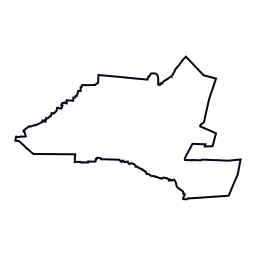 Noria de Ángeles, Zacatecas, Mexico (Mercator projection)
{"feature_id": "50627088B97712252064596", "entity_name": "Noria de Ángeles", "entity_type": "district", "adm_level": 2, "iso_a3": "MEX", "parent_name": "Mexico", "parent_adm1": "Zacatecas", "projection": "mercator", "projection_center": [-101.924, 22.398], "detail": "fine", "context": "isolated", "style": "outline", "palette": "ink", "viewbox_px": 256, "rotation_deg": 0, "n_neighbors": 0, "source": "geoboundaries", "source_scale": "gbopen_adm2", "svg_char_len": 5542}
<svg xmlns="http://www.w3.org/2000/svg" viewBox="0 0 256 256"><path d="M215.1,78.3L203.6,75.3L196.2,67.5L195.6,66.9L194.5,65.7L194.0,65.2L193.4,64.5L189.6,60.5L189.3,60.2L188.2,59.1L188.0,58.8L187.7,58.6L187.0,57.8L185.9,56.7L183.1,59.6L182.2,60.7L180.6,63.0L180.0,63.6L179.9,64.2L179.7,64.5L179.4,64.9L178.7,65.5L177.8,66.3L177.5,66.7L177.1,67.4L176.6,68.0L176.2,68.2L175.9,68.6L175.7,68.9L175.5,69.4L175.2,69.7L175.0,70.0L174.9,70.3L174.6,71.0L174.5,71.5L174.3,71.8L174.1,72.1L173.8,72.5L173.5,73.2L173.0,74.3L172.5,74.9L171.9,75.7L171.4,76.2L171.5,76.7L170.9,76.5L170.0,77.2L169.7,77.4L169.2,77.6L169.0,78.0L168.7,78.2L168.2,78.5L167.7,78.8L167.4,79.0L167.0,79.3L166.6,79.6L166.3,79.8L165.9,80.0L165.8,79.9L163.9,81.2L163.9,81.3L162.5,82.5L162.6,82.8L162.0,83.3L161.2,84.0L160.2,84.7L160.1,84.3L160.1,84.0L159.5,84.6L159.2,84.5L158.9,84.7L158.7,84.6L158.1,84.5L158.1,84.1L158.2,83.7L158.2,83.0L158.3,82.1L158.2,81.1L158.2,79.5L158.2,78.3L157.5,75.1L155.6,73.6L153.5,73.4L151.9,73.4L151.1,73.6L150.5,74.1L149.9,75.3L148.9,76.9L148.5,77.3L148.3,77.1L148.1,77.7L147.5,79.6L147.1,79.6L146.5,79.5L145.7,79.4L137.3,78.7L122.4,77.2L120.2,77.0L115.2,76.5L110.4,76.1L106.9,75.8L103.2,75.4L98.4,75.1L98.1,82.9L96.8,83.6L94.9,85.0L86.5,85.2L84.6,85.1L83.9,85.1L82.9,85.0L82.3,85.0L82.2,85.1L81.8,86.3L81.6,86.2L80.9,88.1L80.6,88.0L80.6,89.5L80.6,91.0L78.2,90.9L77.7,93.5L77.4,93.6L77.1,94.4L77.1,94.5L76.7,96.1L76.4,96.2L76.3,96.3L75.3,96.2L74.8,97.7L73.4,97.5L73.1,100.8L71.5,100.6L69.9,100.5L69.3,100.5L66.6,100.2L66.7,103.4L66.2,103.4L65.6,103.1L65.1,103.0L65.1,102.8L64.5,102.8L64.4,102.5L63.7,102.8L63.2,102.9L62.3,103.1L62.2,103.1L61.3,105.3L62.5,105.5L61.6,108.1L61.4,108.4L61.0,108.3L60.6,108.3L60.3,108.4L59.2,108.3L58.6,108.0L58.3,107.7L57.7,108.0L57.1,107.9L56.7,110.2L56.5,110.7L56.4,110.7L56.2,111.3L54.9,112.3L54.9,112.5L53.8,113.2L53.8,113.5L52.5,113.6L52.6,113.3L52.3,113.2L51.9,113.2L51.7,113.1L50.7,116.1L50.3,116.0L47.8,118.3L47.7,118.3L46.1,118.3L46.3,119.2L46.2,119.0L45.6,121.7L44.6,121.6L44.8,120.1L43.7,120.7L42.6,120.5L42.4,122.1L41.4,122.4L38.2,124.1L36.7,124.7L36.0,125.1L35.9,124.9L34.1,125.3L31.8,126.1L31.0,126.4L30.8,126.4L30.6,126.6L29.5,126.1L29.1,126.3L28.9,126.4L28.7,126.5L28.5,126.9L27.3,127.8L26.6,128.1L25.8,128.7L25.3,129.3L24.7,129.7L23.8,130.2L23.5,131.6L24.5,131.7L25.8,136.3L24.0,136.7L20.8,136.5L19.2,136.9L18.7,137.0L17.4,136.8L16.1,136.7L15.4,140.7L18.4,141.0L18.9,141.1L19.3,141.3L19.9,141.8L21.9,143.7L23.4,145.0L24.9,146.4L25.6,147.1L25.3,147.0L26.1,147.9L26.8,148.5L28.2,149.4L29.5,150.6L31.5,152.5L32.5,153.2L33.4,154.0L36.5,154.0L38.0,154.0L54.6,154.1L60.0,154.2L66.4,154.2L75.2,154.3L75.2,155.1L75.1,156.2L74.9,157.1L74.9,160.1L74.7,162.0L77.6,161.9L78.5,161.9L79.3,161.9L80.7,162.0L80.7,162.3L80.9,162.3L81.2,162.4L82.0,162.4L82.0,162.5L83.3,162.6L83.3,162.3L88.1,162.5L88.2,161.4L92.2,161.7L94.2,161.7L94.6,161.5L95.1,161.3L95.6,161.3L95.7,160.5L95.7,159.1L96.6,159.1L96.7,157.9L97.0,157.8L99.4,158.0L100.8,158.1L100.8,159.2L102.4,159.3L103.8,159.3L104.7,159.3L104.9,159.3L109.3,159.4L110.6,159.5L110.8,159.5L118.9,159.7L119.5,160.0L120.1,160.6L120.5,161.4L121.2,161.8L121.8,160.9L122.2,161.3L122.4,161.2L122.5,161.3L122.7,161.2L122.8,161.3L123.0,161.2L122.8,160.9L123.2,160.7L123.3,160.9L123.5,160.9L123.7,161.4L124.3,161.8L124.3,162.0L125.3,162.1L126.9,161.6L127.5,161.6L127.2,162.0L129.4,164.1L130.3,163.5L131.5,163.1L134.4,164.4L136.1,166.5L136.2,166.4L136.3,166.4L136.5,166.5L136.4,166.6L136.8,166.6L137.0,166.6L137.4,166.7L137.5,166.8L139.0,168.1L140.2,168.4L140.9,168.6L141.0,168.7L141.3,168.9L141.6,169.1L142.1,169.7L142.3,169.4L142.7,169.6L143.0,169.8L143.3,169.9L144.2,170.7L144.2,171.0L145.1,171.4L145.5,171.9L146.1,172.1L145.9,172.7L146.3,173.0L146.7,174.0L148.2,173.9L149.1,174.5L150.5,175.6L151.1,175.8L151.6,175.8L152.1,175.9L152.5,176.0L153.2,176.1L153.6,176.0L154.0,176.1L154.4,176.2L154.7,176.3L155.1,176.4L155.2,176.5L155.3,176.9L156.8,176.9L160.2,178.4L160.7,178.1L160.8,178.1L161.4,178.4L161.4,178.2L162.3,178.3L163.0,178.0L163.5,177.6L166.4,178.1L166.3,178.3L169.8,179.5L169.2,180.5L170.6,180.4L172.2,180.4L172.2,180.1L172.6,180.0L174.1,179.7L174.8,180.6L175.1,181.1L175.4,181.8L175.9,182.9L176.1,183.7L176.3,184.9L176.6,186.1L177.2,187.1L178.2,187.8L178.8,188.5L179.7,189.3L180.3,189.5L181.0,190.1L181.9,190.6L183.0,191.4L183.1,191.8L183.6,193.0L183.2,193.5L183.4,193.8L184.1,194.0L184.4,194.2L184.8,194.4L184.7,194.8L183.0,198.1L183.3,199.1L186.6,199.3L187.8,198.5L190.5,198.3L201.8,197.6L204.1,197.4L206.1,197.2L207.0,197.2L207.9,197.1L208.8,197.1L211.0,196.9L216.8,196.6L217.0,196.5L219.6,196.4L220.1,196.3L222.1,196.1L223.6,196.1L227.6,195.8L228.7,195.7L231.1,189.9L234.2,182.5L234.4,182.0L235.4,179.8L236.7,176.8L237.7,174.4L237.9,173.5L238.4,170.9L239.0,167.9L239.1,167.6L239.5,165.0L240.6,159.5L239.4,159.6L239.0,159.7L237.4,159.8L234.9,160.0L228.7,160.7L225.1,160.6L224.9,160.5L223.2,160.5L221.8,160.4L220.8,160.3L219.6,160.3L218.8,160.2L216.8,160.2L215.2,160.1L212.7,160.1L209.5,159.9L202.2,159.6L201.3,160.3L200.5,160.3L197.2,160.2L191.9,160.0L191.8,160.3L188.5,160.1L185.1,160.0L184.7,158.9L185.2,157.6L186.0,155.9L190.7,147.2L192.5,143.8L194.4,143.9L199.6,144.1L199.9,144.1L205.5,144.3L204.8,146.5L212.5,146.2L212.6,145.8L213.0,144.7L213.9,141.2L214.7,138.1L215.2,136.2L215.4,135.5L216.0,133.3L209.7,130.5L206.3,129.1L200.2,126.3L200.6,124.7L203.0,123.1L203.7,122.3L204.0,121.9L204.7,118.9L205.3,115.9L205.7,114.3L207.0,108.5L207.6,105.7L209.1,99.2L209.3,98.5L211.0,93.3L212.4,89.4L216.0,78.6L215.1,78.3Z" fill="none" stroke="#020617" stroke-width="2"/></svg>